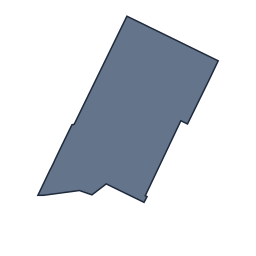 the district of Archuleta, Colorado, United States of America, rotated 116°
{"feature_id": "52423323B32025627866130", "entity_name": "Archuleta", "entity_type": "district", "adm_level": 2, "iso_a3": "USA", "parent_name": "United States of America", "parent_adm1": "Colorado", "projection": "robinson", "projection_center": [-106.855, 37.208], "detail": "fine", "context": "isolated", "style": "filled", "palette": "slate", "viewbox_px": 256, "rotation_deg": 116, "n_neighbors": 0, "source": "geoboundaries", "source_scale": "gbopen_adm2", "svg_char_len": 444}
<svg xmlns="http://www.w3.org/2000/svg" viewBox="0 0 256 256"><g transform="rotate(116 128 128)"><path d="M28.1,76.4L28.0,178.0L40.1,178.0L126.7,178.0L148.2,178.0L149.7,179.8L173.5,179.8L188.4,179.7L191.2,179.6L197.7,179.6L200.0,179.7L223.2,179.5L228.0,179.5L225.5,174.4L205.5,144.3L203.9,131.1L187.8,123.1L187.8,81.0L181.3,80.8L181.3,82.8L98.3,83.7L98.3,76.3L49.3,76.2L28.1,76.4Z" fill="#64748b" stroke="#1e293b" stroke-width="1.5"/></g></svg>